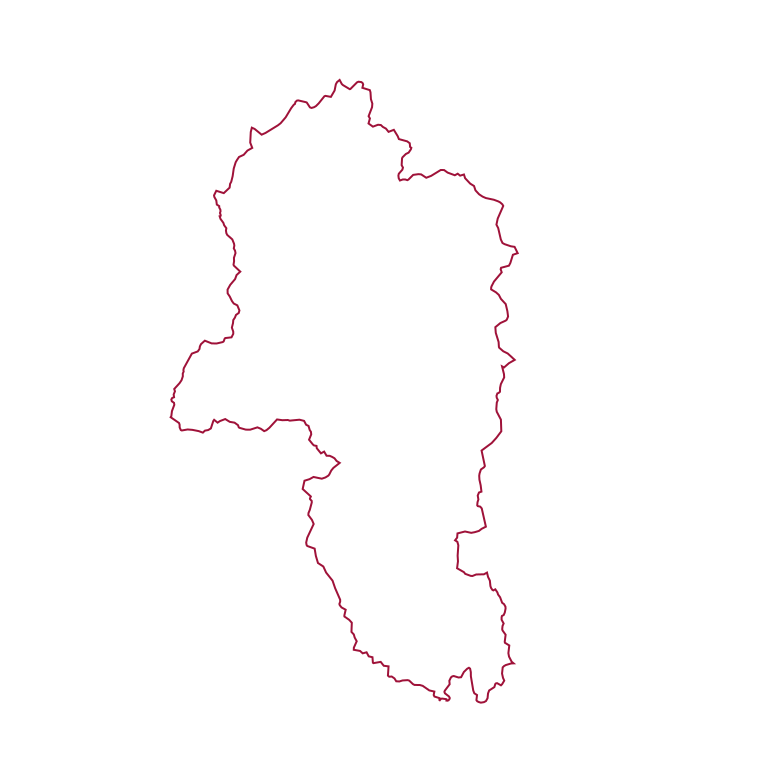 Kim Boi, Hòa Bình, Vietnam, rotated 24°
{"feature_id": "81297802B6982011035243", "entity_name": "Kim Boi", "entity_type": "district", "adm_level": 2, "iso_a3": "VNM", "parent_name": "Vietnam", "parent_adm1": "Hòa Bình", "projection": "natural_earth1", "projection_center": [105.524, 20.675], "detail": "fine", "context": "isolated", "style": "outline", "palette": "rose", "viewbox_px": 768, "rotation_deg": 24, "n_neighbors": 0, "source": "geoboundaries", "source_scale": "gbopen_adm2", "svg_char_len": 6165}
<svg xmlns="http://www.w3.org/2000/svg" viewBox="0 0 768 768"><g transform="rotate(24 384 384)"><path d="M202.6,501.1L212.6,503.0L213.8,504.3L215.0,506.8L217.1,508.7L218.2,508.7L223.1,505.4L227.7,503.8L233.9,502.4L238.3,502.1L239.4,499.4L242.1,497.6L243.9,495.0L243.1,487.2L243.4,485.8L247.7,487.0L249.2,484.6L253.2,480.6L258.5,481.3L263.2,480.1L267.4,481.0L269.0,482.7L269.9,482.8L276.3,481.9L280.4,480.1L286.0,475.1L289.7,475.0L293.7,475.8L295.4,474.0L297.1,470.6L300.7,459.9L305.9,458.4L310.8,456.0L312.8,455.8L321.3,451.0L326.0,450.2L329.4,452.9L332.1,453.0L334.8,456.2L336.7,457.4L338.0,459.6L338.2,465.4L343.7,468.2L345.1,468.6L347.5,468.0L348.7,470.0L354.6,473.0L356.8,470.1L360.7,472.9L363.6,471.7L366.3,471.7L369.0,472.0L372.0,473.6L375.6,474.1L371.9,481.2L371.0,484.5L370.8,489.0L370.4,490.4L368.5,493.2L365.7,495.8L357.4,497.6L354.7,501.2L350.7,504.7L352.4,513.0L362.9,516.5L362.9,518.7L363.3,519.3L365.5,520.2L366.2,521.6L367.4,529.1L367.5,532.6L368.2,534.5L373.5,537.5L376.7,540.5L376.4,555.6L377.4,560.5L378.7,562.5L379.8,563.2L387.6,562.6L391.7,568.8L396.5,574.4L402.8,575.4L407.8,579.8L417.0,584.6L422.4,590.4L431.7,598.9L432.5,600.7L432.7,603.1L433.6,604.1L436.1,605.4L440.8,605.8L441.9,611.5L442.4,612.5L448.1,613.6L451.7,615.2L455.1,623.7L458.3,625.1L460.4,627.6L463.7,630.1L463.7,637.1L464.5,639.1L470.7,637.6L474.1,638.7L477.2,636.2L480.8,639.0L484.6,638.3L487.2,643.1L487.9,643.3L494.0,639.2L498.4,641.5L503.0,640.1L506.2,648.8L507.8,649.3L510.0,648.1L513.3,648.7L516.1,650.6L519.0,649.5L521.5,647.3L526.1,644.9L527.7,644.7L532.5,646.4L534.3,646.5L539.2,644.4L542.1,644.0L550.0,645.5L555.1,644.5L555.9,647.9L557.2,649.0L562.5,648.4L563.1,650.1L563.6,650.2L564.0,648.6L564.9,647.8L569.0,646.6L569.5,646.7L569.8,647.8L570.8,647.5L571.6,646.7L572.0,644.8L571.7,644.0L570.4,643.0L565.5,641.8L564.4,640.7L564.3,639.4L566.1,631.6L564.4,628.5L564.5,624.8L565.3,623.3L566.5,622.4L571.5,621.8L573.7,620.5L574.1,614.6L575.8,610.3L577.0,608.7L578.4,609.0L580.5,611.9L582.2,615.6L590.2,627.7L592.3,629.8L595.5,630.3L597.0,635.2L598.2,635.9L599.9,636.0L602.1,635.7L604.7,634.0L606.1,632.2L606.4,628.9L604.9,624.4L604.7,621.2L608.1,616.0L607.7,612.8L608.0,612.0L609.0,611.3L613.4,611.7L614.0,610.2L614.5,606.1L612.2,604.0L609.6,600.5L607.7,594.6L608.4,592.8L609.6,591.2L613.8,587.6L616.0,586.5L613.6,585.8L609.1,582.2L607.1,579.3L604.8,571.9L599.7,571.2L599.1,570.3L597.1,563.6L592.5,560.9L591.7,559.9L590.7,556.8L590.7,554.1L587.3,551.5L586.3,549.2L586.1,547.9L587.3,546.4L587.3,543.7L586.4,539.7L585.5,538.0L583.2,536.3L580.9,535.8L576.8,531.6L573.8,529.9L572.4,528.3L569.2,526.3L567.8,528.1L566.7,528.0L564.7,526.7L563.4,525.3L560.7,520.6L557.5,517.9L554.8,514.4L552.7,517.2L545.7,520.5L542.9,523.4L541.3,524.0L535.4,524.4L533.6,523.4L525.7,522.6L523.7,515.9L521.1,510.9L517.5,501.1L515.2,498.3L512.5,497.9L513.3,494.6L511.9,490.6L518.0,485.8L524.2,484.5L527.1,482.5L530.5,479.6L532.1,476.6L535.1,472.9L523.9,457.9L521.8,456.9L519.3,457.4L518.5,456.9L517.5,453.9L517.2,451.1L515.0,447.8L514.9,444.5L516.8,442.7L513.5,437.2L510.1,432.6L508.3,429.1L507.7,426.9L507.3,422.7L509.3,419.3L509.5,417.9L500.2,405.1L506.4,394.1L508.5,387.7L510.4,379.5L505.3,369.0L498.3,363.5L496.8,361.3L494.6,355.1L494.5,352.3L492.6,350.7L491.6,349.1L491.4,346.5L492.4,345.5L493.1,343.9L491.6,340.3L490.8,336.6L491.1,329.1L489.6,326.2L484.7,319.9L486.9,320.1L489.7,314.1L493.6,308.8L484.6,305.8L479.7,305.6L474.5,304.0L473.9,303.4L471.6,299.0L465.3,291.8L462.6,286.8L465.5,281.0L469.4,276.6L470.0,275.3L469.9,271.9L467.1,267.3L462.7,261.5L456.2,258.7L452.7,255.9L449.0,254.7L443.4,254.0L442.7,252.4L442.5,251.1L442.8,245.7L446.1,234.1L443.9,231.7L443.7,230.2L450.0,225.1L450.2,222.1L449.2,213.5L452.9,210.1L447.5,205.6L443.8,206.6L437.3,207.2L434.9,207.0L431.9,204.4L424.9,195.1L421.9,192.7L420.6,186.6L420.5,172.8L419.0,171.7L416.1,170.8L414.0,170.7L409.4,171.0L401.4,172.7L397.8,172.7L393.7,172.0L388.8,169.9L385.7,166.5L381.3,165.9L374.4,163.0L371.8,160.1L368.8,162.7L365.8,161.9L363.8,164.5L356.1,165.0L351.9,164.1L348.8,165.4L342.4,174.7L338.7,178.4L332.7,177.4L330.1,178.3L325.6,181.1L323.2,187.3L322.4,188.3L320.2,188.5L318.0,189.5L315.8,191.6L313.8,190.1L312.4,187.8L312.0,185.9L313.6,180.8L313.3,178.6L311.1,176.9L308.7,170.5L308.7,169.4L310.4,165.0L312.4,162.6L313.1,158.7L312.9,157.1L311.4,156.8L309.6,153.6L306.5,152.9L298.0,154.2L295.7,152.0L289.6,147.8L285.6,151.8L281.9,149.9L278.4,149.6L275.8,148.7L273.1,149.6L269.2,153.4L263.9,152.3L263.1,147.1L261.0,145.6L260.5,136.0L259.3,132.6L256.2,129.1L253.0,123.0L251.5,121.3L243.8,122.2L243.1,118.7L241.9,117.7L240.5,117.4L237.8,118.2L236.7,119.3L233.3,128.2L232.8,128.6L224.8,127.6L223.4,127.1L219.8,124.3L218.3,127.3L218.1,129.8L219.5,136.0L218.7,143.3L213.3,144.6L212.5,145.4L210.2,154.2L208.8,157.8L207.5,159.6L205.5,161.3L203.8,161.4L199.0,158.3L198.1,158.3L190.3,159.8L189.2,160.5L188.4,162.4L188.7,164.5L188.0,165.5L187.0,169.8L185.7,180.4L183.5,187.8L181.9,190.8L173.6,202.9L170.8,206.0L162.0,203.6L159.0,203.6L159.8,208.0L163.6,217.9L167.6,221.9L164.3,226.3L162.6,231.7L159.2,235.6L158.6,239.1L158.3,241.7L159.1,248.3L161.2,255.7L162.2,261.4L162.0,263.8L163.1,267.4L160.0,274.8L152.2,275.7L152.0,280.8L153.0,282.2L156.1,284.5L158.3,288.1L161.1,288.5L161.7,289.8L163.6,291.3L164.4,292.7L164.6,294.5L166.2,296.2L166.3,297.0L165.6,297.6L167.5,299.7L171.7,302.1L173.4,304.0L176.6,305.8L177.2,308.1L178.7,310.4L180.2,311.6L186.6,313.6L190.0,316.9L191.0,318.5L191.6,321.2L193.7,322.8L195.1,324.8L195.6,329.8L197.1,332.8L198.0,336.2L198.7,336.9L207.0,339.8L205.0,344.4L205.3,348.7L203.2,355.9L202.7,361.4L204.3,364.8L207.5,366.8L211.4,370.1L214.0,371.6L218.0,371.8L222.0,375.6L222.4,378.2L220.7,381.1L220.8,384.0L220.3,386.9L221.3,389.8L222.1,394.4L225.0,397.5L225.9,399.5L225.7,403.4L220.3,406.6L220.0,407.5L220.2,410.3L219.6,411.3L214.7,415.0L210.1,417.0L202.7,417.3L200.6,422.0L200.5,424.5L201.2,427.1L200.6,430.0L196.1,434.4L194.7,451.0L195.1,452.9L195.9,454.1L195.9,456.3L197.1,458.8L197.5,462.9L196.9,466.3L194.4,473.9L196.0,475.7L196.1,479.1L197.6,481.5L196.2,482.9L196.0,484.6L197.2,486.1L199.8,486.6L200.9,488.3L201.3,495.0L202.8,499.9L202.6,501.1Z" fill="none" stroke="#9f1239" stroke-width="2"/></g></svg>